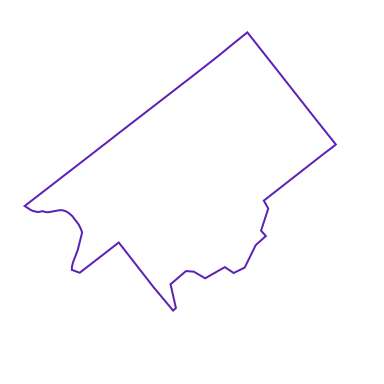 DeSoto, Mississippi, United States of America, rotated 322°
{"feature_id": "52423323B17373882514078", "entity_name": "DeSoto", "entity_type": "district", "adm_level": 2, "iso_a3": "USA", "parent_name": "United States of America", "parent_adm1": "Mississippi", "projection": "equal_earth", "projection_center": [-90.082, 34.852], "detail": "fine", "context": "isolated", "style": "outline", "palette": "violet", "viewbox_px": 384, "rotation_deg": 322, "n_neighbors": 0, "source": "geoboundaries", "source_scale": "gbopen_adm2", "svg_char_len": 839}
<svg xmlns="http://www.w3.org/2000/svg" viewBox="0 0 384 384"><g transform="rotate(322 192 192)"><path d="M104.1,273.8L107.9,273.5L118.3,251.5L138.6,250.6L144.4,255.9L149.2,268.1L171.6,271.4L175.0,281.5L187.0,284.0L209.5,273.1L223.1,272.1L222.6,265.0L241.9,252.0L243.3,243.0L320.2,243.0L331.0,243.2L334.6,243.1L334.3,213.0L334.1,143.6L333.9,100.3L325.5,100.4L316.9,100.5L299.7,100.9L291.1,101.0L274.0,101.0L257.2,101.0L252.3,100.9L248.4,100.9L205.7,100.7L188.8,100.6L171.5,100.5L154.3,100.5L51.5,100.0L53.9,106.9L54.8,108.7L57.7,112.4L59.3,113.6L62.2,114.9L64.6,118.0L66.5,119.6L75.5,124.3L78.2,126.1L80.1,128.5L81.2,130.6L82.0,132.9L82.8,137.2L82.7,147.8L81.8,152.2L80.9,155.1L80.1,156.6L65.9,167.6L55.0,174.1L51.1,177.2L49.4,179.4L53.8,186.5L103.2,186.7L103.1,243.0L104.1,273.8Z" fill="none" stroke="#5b21b6" stroke-width="2"/></g></svg>